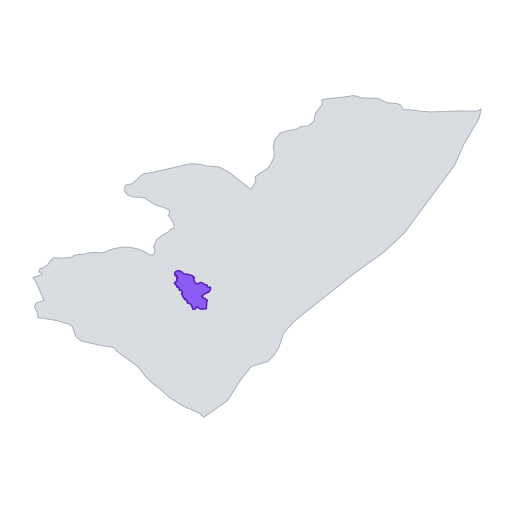 location of Sanoyeah, Bong, Liberia, rotated 271°
{"feature_id": "62588387B99544432637290", "entity_name": "Sanoyeah", "entity_type": "district", "adm_level": 2, "iso_a3": "LBR", "parent_name": "Liberia", "parent_adm1": "Bong", "projection": "equal_earth", "projection_center": [-9.896, 7.035], "detail": "fine", "context": "in_parent", "style": "filled", "palette": "violet", "viewbox_px": 512, "rotation_deg": 271, "n_neighbors": 0, "source": "geoboundaries", "source_scale": "gbopen_adm2", "svg_char_len": 5095}
<svg xmlns="http://www.w3.org/2000/svg" viewBox="0 0 512 512"><g transform="rotate(271 256 256)"><path d="M93.9,206.7L98.0,201.9L104.2,186.7L112.8,172.0L120.8,163.3L127.2,154.4L133.9,147.5L143.6,139.6L158.3,118.5L161.8,116.1L164.1,101.5L167.8,83.0L172.1,77.3L182.1,73.8L184.4,70.6L188.0,57.6L190.3,42.4L190.5,39.1L194.4,38.7L201.2,35.4L205.1,36.9L206.8,41.3L207.7,44.9L228.2,35.5L230.0,33.5L231.0,33.8L233.6,42.4L235.1,41.9L236.3,39.4L237.7,39.2L239.3,40.3L240.9,44.3L243.5,47.9L247.9,50.4L250.7,53.8L250.4,63.0L251.5,71.8L253.4,73.9L254.5,79.2L255.0,85.0L256.0,88.1L256.8,94.0L256.4,100.3L257.2,104.7L260.5,112.3L262.5,122.0L262.5,128.8L261.4,136.0L259.2,142.6L255.4,149.7L255.1,152.6L257.3,154.4L260.8,154.8L263.6,153.3L270.9,156.6L274.7,161.3L278.0,167.2L281.0,170.1L282.4,173.8L287.5,172.8L293.5,169.2L294.7,167.6L296.5,168.5L300.3,168.8L303.0,162.4L305.2,155.1L309.8,147.1L312.1,144.1L312.7,139.0L312.9,132.4L314.6,126.8L318.4,123.6L322.6,123.7L324.8,124.8L326.0,130.3L329.3,134.5L332.1,137.4L333.6,138.6L336.0,141.9L338.3,153.0L347.1,188.9L346.7,198.8L345.0,205.2L344.9,211.6L344.3,217.8L338.9,228.1L323.0,249.0L324.2,250.9L328.0,253.3L331.9,254.5L335.1,253.8L339.1,259.1L343.4,265.7L348.0,269.1L354.6,272.1L360.3,272.4L365.2,271.3L372.1,272.6L379.5,278.0L382.1,287.1L383.8,294.9L386.4,298.9L386.8,305.7L392.0,311.6L399.4,312.8L409.1,319.8L411.6,319.5L412.6,318.6L413.8,319.9L416.3,340.1L418.1,350.8L417.2,355.2L415.9,358.6L415.8,374.9L411.5,384.3L410.8,394.5L409.5,397.9L404.9,400.8L404.8,408.7L403.6,418.3L403.1,428.4L404.5,455.0L404.7,474.7L406.9,478.5L397.8,476.8L371.0,461.7L350.4,453.1L281.3,403.6L262.2,383.8L240.1,354.2L191.0,294.8L179.8,285.2L165.6,280.6L156.9,275.5L150.8,270.0L145.8,253.6L133.5,243.8L110.9,229.9L93.9,206.7Z" fill="#d9dde1" stroke="#a8b0b8" stroke-width="1"/><path d="M202.5,207.3L202.8,207.3L203.9,207.3L206.6,207.4L207.1,207.5L208.8,207.5L209.6,207.6L209.9,208.0L210.4,208.2L210.5,208.2L210.8,208.1L211.1,207.8L211.3,207.7L211.3,207.3L211.3,207.2L211.5,206.8L212.1,206.4L212.5,206.1L212.7,205.6L212.6,205.1L212.7,204.5L212.8,204.4L213.2,204.2L213.6,204.1L213.8,204.0L214.0,203.6L214.1,203.0L214.5,202.6L214.9,202.6L215.4,202.9L215.5,203.0L216.0,203.6L216.9,205.1L217.3,205.6L217.8,205.9L218.2,206.5L218.1,206.8L218.1,207.4L218.3,207.8L218.5,208.0L218.8,208.7L219.1,209.4L219.8,210.1L220.1,210.3L220.7,210.5L220.8,210.6L222.0,211.1L222.3,211.0L223.2,211.2L223.8,210.9L224.1,210.2L224.0,209.6L223.9,209.4L223.9,209.1L224.0,208.5L224.1,208.2L224.9,207.8L225.7,207.7L226.0,207.7L226.2,207.1L226.2,206.9L226.4,206.3L226.3,205.7L226.4,205.2L226.7,204.8L226.8,204.7L227.5,204.1L227.9,203.3L228.0,202.9L228.2,202.6L228.3,202.3L228.6,201.5L228.6,200.8L228.3,200.2L228.0,200.0L227.8,199.7L227.7,199.5L227.6,199.3L227.4,197.4L227.4,197.2L227.4,196.3L228.1,195.8L229.3,195.2L230.2,194.6L231.2,194.3L231.6,194.4L232.0,194.0L232.7,193.9L232.8,194.0L233.2,194.9L233.3,194.9L233.8,194.5L234.2,193.7L235.1,192.9L235.5,191.8L235.8,191.0L236.0,190.4L236.1,189.3L236.4,188.3L236.6,187.8L236.5,187.0L236.5,186.7L236.6,185.9L236.8,184.7L237.2,183.8L237.4,183.4L238.4,182.7L239.2,181.2L239.8,179.9L240.0,179.0L239.9,179.0L239.8,178.2L239.7,177.7L239.2,176.5L238.5,175.6L238.3,175.2L238.2,175.2L238.0,175.4L237.9,175.5L237.5,175.4L237.3,175.2L237.1,175.1L236.6,175.0L236.4,175.3L236.3,175.7L236.0,175.9L235.8,175.8L235.5,175.6L235.3,175.6L235.0,175.5L234.8,175.5L234.9,176.0L234.9,176.3L234.9,176.8L234.9,177.1L234.3,177.0L234.0,177.4L233.8,177.6L233.6,177.9L233.3,178.0L233.2,177.9L232.9,177.1L232.6,177.0L232.4,177.4L232.3,177.6L232.2,177.6L231.9,177.6L231.7,177.6L231.3,177.1L231.2,177.1L230.9,177.2L230.6,177.5L230.4,177.5L230.2,177.4L229.8,177.4L229.5,177.3L229.4,177.4L229.3,177.2L229.1,176.4L229.1,176.2L228.9,176.0L228.6,175.7L228.1,175.9L227.7,175.6L227.5,175.4L227.3,175.0L227.2,174.9L226.6,175.8L226.1,175.8L225.3,176.9L224.9,177.4L224.8,177.2L224.8,177.3L224.4,177.2L224.0,177.4L223.3,177.8L223.3,178.9L223.0,179.2L222.8,179.4L222.3,179.8L221.8,179.7L221.5,180.0L221.4,180.1L221.0,179.7L220.8,179.8L220.2,180.4L220.2,180.5L220.3,180.7L220.6,181.4L220.6,181.5L220.2,181.8L219.3,182.7L218.9,182.9L218.7,183.2L218.4,183.2L218.0,182.7L217.6,183.0L217.3,183.2L217.0,182.9L217.0,182.2L216.9,182.2L215.8,182.8L215.0,183.2L214.9,183.2L214.6,183.4L214.1,183.7L213.9,183.7L212.0,185.0L211.9,185.1L212.0,185.1L212.0,185.4L212.0,185.6L212.1,186.2L211.9,186.5L211.2,186.7L210.7,186.7L210.5,186.9L210.5,187.0L210.3,187.4L210.2,187.4L209.9,187.5L209.5,188.1L209.4,188.1L209.2,188.3L208.6,188.1L208.4,188.5L207.9,188.6L207.7,188.5L207.6,188.8L207.6,189.0L207.3,190.0L207.2,190.5L206.9,191.0L206.7,191.4L206.3,191.7L206.1,192.0L205.3,192.5L204.9,192.6L204.7,192.5L204.4,192.7L204.3,192.8L203.7,193.1L202.6,193.5L202.4,193.6L201.6,193.9L201.8,195.5L202.0,196.1L202.2,196.6L202.5,196.8L202.9,196.8L203.6,196.7L203.7,197.1L203.9,197.6L204.1,198.0L204.4,198.2L204.2,198.7L203.5,199.1L202.9,199.8L202.6,200.1L202.1,201.2L202.1,201.3L201.9,202.8L201.9,203.1L201.8,204.2L202.1,204.5L202.2,205.2L202.3,206.4L202.3,206.6L202.5,207.3Z" fill="#8b5cf6" stroke="#5b21b6" stroke-width="1.5"/></g></svg>